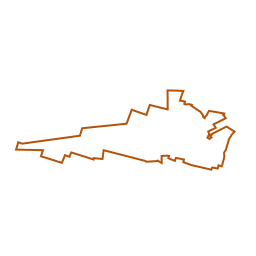 outline of Ucú, Yucatán, Mexico, rotated 282°
{"feature_id": "50627088B57657804580425", "entity_name": "Ucú", "entity_type": "district", "adm_level": 2, "iso_a3": "MEX", "parent_name": "Mexico", "parent_adm1": "Yucatán", "projection": "natural_earth1", "projection_center": [-89.766, 21.088], "detail": "fine", "context": "isolated", "style": "outline", "palette": "amber", "viewbox_px": 256, "rotation_deg": 282, "n_neighbors": 0, "source": "geoboundaries", "source_scale": "gbopen_adm2", "svg_char_len": 1818}
<svg xmlns="http://www.w3.org/2000/svg" viewBox="0 0 256 256"><g transform="rotate(282 128 128)"><path d="M110.0,227.7L111.7,227.9L113.5,227.9L118.0,228.2L120.5,228.1L123.2,227.2L124.1,227.2L126.8,228.2L135.0,228.9L138.0,229.1L139.2,229.5L140.1,229.8L141.2,230.3L142.6,230.7L143.3,231.0L146.6,233.0L149.9,224.1L139.4,211.1L139.1,211.3L138.3,210.4L138.1,210.6L137.8,210.3L137.2,210.1L136.1,211.6L134.3,210.0L134.8,208.7L135.0,207.7L138.1,208.5L138.3,208.5L138.3,209.1L141.3,207.2L146.4,213.8L149.3,210.9L157.9,221.6L160.5,218.7L160.7,218.8L160.7,218.5L162.2,219.0L161.8,208.1L161.5,203.6L156.8,202.2L156.6,202.1L155.2,201.2L154.7,201.0L153.6,200.9L153.9,200.1L154.3,199.5L154.9,199.2L155.2,198.9L156.0,198.7L158.2,196.4L159.0,195.3L159.5,193.8L159.7,193.5L159.9,193.0L160.4,191.5L161.6,188.7L162.9,185.4L163.8,185.9L163.9,185.7L164.0,185.4L164.0,184.5L164.0,184.2L164.0,183.8L164.1,183.2L163.8,182.4L163.7,181.4L163.4,180.6L163.0,179.9L162.9,179.5L163.1,178.7L163.3,178.0L164.9,178.3L165.7,178.3L165.8,177.6L165.7,177.3L165.6,173.1L170.1,173.6L175.8,174.4L174.8,168.7L173.6,162.1L173.0,158.9L166.7,160.3L154.5,162.9L154.7,153.1L155.1,144.5L144.6,143.3L145.9,133.3L146.0,132.5L146.6,127.8L141.4,127.1L131.9,125.7L124.7,103.4L121.8,94.3L118.2,83.2L110.5,82.6L107.3,73.8L90.7,27.8L90.7,27.7L91.2,23.6L89.2,23.5L83.6,23.0L88.6,49.4L82.2,48.7L81.8,53.6L81.0,61.9L80.2,70.6L88.3,72.0L87.7,76.8L92.3,77.5L91.2,89.1L91.2,89.8L90.0,100.8L91.4,100.7L92.4,109.5L101.2,108.8L99.4,151.7L98.8,153.0L98.9,153.3L101.8,163.7L102.2,163.8L100.8,168.2L107.6,166.7L108.2,168.7L108.8,171.0L109.1,172.2L109.2,173.6L109.2,173.9L106.8,173.8L105.6,180.7L108.7,181.1L108.8,189.3L106.1,189.2L105.6,192.5L104.9,197.7L104.6,215.9L104.5,218.1L106.9,218.6L107.0,224.2L110.3,224.4L110.0,227.7Z" fill="none" stroke="#b45309" stroke-width="2"/></g></svg>